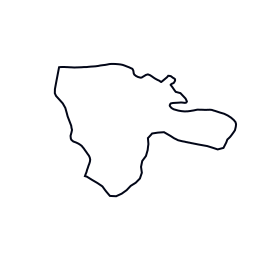 Rassd, Abyan, Yemen, rotated 213°
{"feature_id": "15242507B3487968340126", "entity_name": "Rassd", "entity_type": "district", "adm_level": 2, "iso_a3": "YEM", "parent_name": "Yemen", "parent_adm1": "Abyan", "projection": "orthographic", "projection_center": [45.274, 13.725], "detail": "fine", "context": "isolated", "style": "outline", "palette": "ink", "viewbox_px": 256, "rotation_deg": 213, "n_neighbors": 0, "source": "geoboundaries", "source_scale": "gbopen_adm2", "svg_char_len": 2798}
<svg xmlns="http://www.w3.org/2000/svg" viewBox="0 0 256 256"><g transform="rotate(213 128 128)"><path d="M137.9,64.2L135.9,64.8L130.0,64.9L123.7,65.2L117.7,65.1L113.8,63.6L112.1,63.0L111.5,62.8L106.2,61.2L106.0,61.3L105.3,61.7L103.9,62.5L102.7,63.2L100.8,64.3L97.5,69.5L95.3,75.1L94.2,81.0L91.7,86.3L90.5,92.1L92.0,98.0L95.9,102.5L98.1,108.1L97.7,114.3L99.5,120.2L101.0,123.2L102.1,125.6L105.8,130.4L105.6,131.3L105.0,134.9L104.8,136.5L102.0,139.0L101.9,139.1L100.3,140.5L95.5,144.1L87.8,144.5L87.6,144.5L83.8,144.5L83.7,144.5L81.5,144.8L79.4,145.0L75.1,146.5L73.0,147.4L71.5,147.9L69.9,148.6L69.7,148.6L68.4,149.2L67.3,149.6L66.2,150.0L65.3,150.4L63.5,151.1L63.3,151.2L61.0,152.1L60.0,152.5L59.3,152.8L51.7,156.0L46.4,157.5L41.1,158.9L37.1,163.3L37.7,169.3L38.4,172.4L38.4,172.5L38.1,173.6L37.8,174.8L37.5,176.2L37.3,178.4L37.1,182.2L37.1,184.4L38.3,187.8L39.0,189.2L39.5,190.1L41.1,191.5L42.4,191.9L43.6,192.3L47.2,192.8L51.1,192.8L55.1,192.3L59.5,191.0L64.8,189.6L65.3,189.4L67.6,188.8L69.3,187.9L70.7,186.9L73.2,185.2L75.9,183.6L79.9,181.1L82.5,178.5L84.5,176.7L84.8,176.4L86.9,174.6L89.6,172.7L92.5,171.2L95.3,170.0L99.8,168.6L100.9,168.5L101.4,168.5L102.6,168.5L104.8,169.2L105.3,169.7L105.4,169.9L105.6,171.3L105.5,171.9L104.0,173.4L99.1,177.0L97.4,178.3L96.3,178.9L93.9,180.1L93.0,181.1L93.0,181.9L93.1,182.4L95.7,184.0L96.8,184.3L103.0,185.8L107.7,184.3L110.1,185.2L112.7,186.3L115.7,187.4L115.7,187.9L115.6,188.3L115.3,189.0L114.6,190.0L114.2,190.7L114.2,191.9L114.3,193.3L115.1,194.5L116.4,194.7L117.7,194.6L118.8,194.7L120.3,194.8L121.8,194.2L122.7,193.7L122.9,191.9L124.1,188.0L124.7,186.1L125.2,184.7L125.4,184.6L127.5,184.7L129.5,184.4L131.9,184.2L133.9,184.2L136.1,184.3L138.2,184.3L140.5,183.8L141.9,182.2L142.8,180.3L143.7,178.5L144.0,177.8L144.8,177.1L145.9,176.7L147.6,176.2L149.7,176.0L151.7,176.2L152.8,176.8L154.7,178.9L155.4,179.4L156.6,180.0L157.9,179.8L160.1,179.5L162.4,179.0L164.9,178.5L166.9,178.0L168.9,177.2L170.9,176.2L173.1,175.0L174.8,174.0L176.7,172.8L178.5,171.4L180.0,169.9L181.6,168.4L183.2,167.1L185.2,165.4L186.8,163.8L188.9,162.0L190.5,160.8L192.4,159.4L194.3,157.9L196.0,156.5L197.9,155.3L199.7,153.9L201.8,152.4L203.7,151.1L205.8,149.6L207.9,148.4L209.6,147.4L211.7,146.2L212.0,146.0L214.4,144.6L216.1,143.5L217.0,142.9L218.1,142.1L218.9,141.4L214.9,131.6L214.1,129.6L210.5,120.9L210.4,120.7L208.3,117.3L205.8,115.7L202.0,114.7L196.1,113.1L191.5,110.7L187.4,107.1L185.0,104.9L176.9,99.0L175.5,97.4L173.9,95.9L173.0,93.5L171.9,90.1L170.1,87.9L168.9,87.2L166.5,86.9L163.9,87.5L161.8,87.8L160.7,87.9L158.5,87.9L156.7,87.7L156.3,87.5L154.0,86.8L152.1,86.0L150.0,85.2L147.6,84.2L145.7,83.5L144.0,82.4L142.5,80.9L141.6,79.0L141.0,76.9L140.6,74.9L140.0,72.7L139.5,70.5L138.8,68.4L138.4,66.3L137.9,64.2Z" fill="none" stroke="#020617" stroke-width="2"/></g></svg>